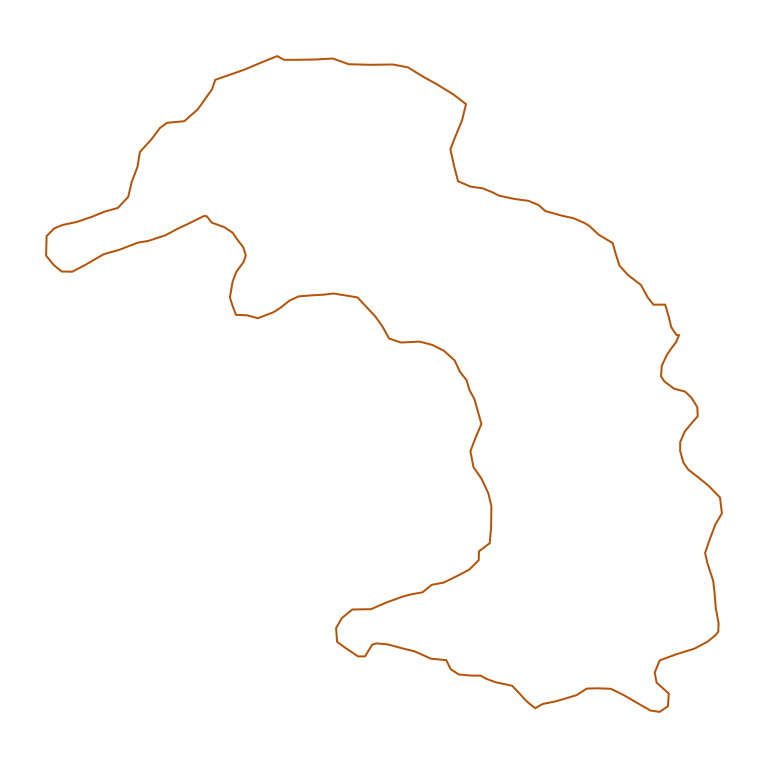 outline of Sabirabad District, Sabirabad, Azerbaijan
{"feature_id": "54616110B21396185337631", "entity_name": "Sabirabad District", "entity_type": "district", "adm_level": 2, "iso_a3": "AZE", "parent_name": "Azerbaijan", "parent_adm1": "Sabirabad", "projection": "robinson", "projection_center": [48.66, 39.895], "detail": "fine", "context": "isolated", "style": "outline", "palette": "amber", "viewbox_px": 768, "rotation_deg": 0, "n_neighbors": 0, "source": "geoboundaries", "source_scale": "gbopen_adm2", "svg_char_len": 2665}
<svg xmlns="http://www.w3.org/2000/svg" viewBox="0 0 768 768"><path d="M277.2,56.1L262.8,61.9L244.5,69.6L215.3,79.8L211.9,89.5L197.8,109.3L184.3,121.2L167.1,122.8L159.9,128.0L151.3,139.5L139.9,152.0L137.5,166.8L131.7,181.9L128.2,196.9L117.9,207.9L104.4,211.7L92.7,216.5L76.6,222.0L62.8,224.9L54.2,228.4L53.9,228.7L46.6,236.1L46.1,255.6L51.0,261.7L53.6,264.9L61.7,271.5L72.3,271.7L85.3,264.9L103.5,254.3L119.8,249.6L137.9,242.6L148.0,241.0L165.6,235.2L177.1,229.0L186.3,224.7L204.2,215.9L206.8,216.3L211.9,222.7L224.4,227.2L232.6,232.7L237.4,239.7L243.3,247.3L245.8,255.6L243.5,262.2L236.5,271.5L232.7,281.3L229.9,297.4L232.5,305.7L236.0,314.9L247.0,315.3L258.0,318.2L273.5,312.2L280.5,307.8L289.5,300.6L298.6,296.4L310.9,295.4L323.4,294.7L333.6,293.5L357.4,297.4L362.9,303.2L375.2,316.3L382.7,326.9L389.1,338.5L400.9,342.5L419.7,341.6L432.2,344.9L443.7,350.6L454.7,360.5L460.0,371.9L466.6,380.2L469.4,389.9L474.5,399.3L481.4,424.0L475.2,438.6L470.4,451.3L473.5,467.2L481.4,478.5L488.3,493.2L491.4,506.2L491.1,527.6L489.7,543.2L479.0,551.3L478.7,560.1L469.4,569.5L459.7,574.7L443.9,582.5L431.8,584.8L422.5,592.3L411.5,594.3L403.9,596.2L387.4,602.1L370.9,609.2L352.3,609.5L341.9,618.0L336.1,628.1L337.1,641.8L345.4,647.9L357.6,656.1L358.1,656.4L365.0,656.4L372.2,644.7L376.4,643.4L387.7,644.4L403.3,648.6L414.1,651.2L419.9,653.7L430.9,658.7L446.3,660.2L450.7,669.3L458.9,674.5L471.0,675.6L480.7,675.6L486.5,678.9L495.5,682.2L512.3,685.8L512.6,686.2L519.5,693.5L525.7,700.4L529.9,704.1L535.3,708.2L542.6,704.0L556.0,701.3L558.9,700.4L576.7,695.1L586.7,688.6L597.7,688.3L610.9,688.8L623.1,694.8L637.5,703.1L650.4,710.5L659.5,711.9L667.9,706.3L668.8,693.6L656.6,682.6L654.7,672.6L659.7,660.4L675.7,654.5L694.5,648.6L707.3,641.8L715.8,635.0L718.3,631.4L718.6,623.4L715.8,608.0L714.5,592.4L713.2,580.8L707.3,562.8L705.1,553.0L709.4,540.3L715.4,524.4L721.9,513.4L720.0,497.5L708.4,485.6L696.8,476.2L688.4,469.7L683.4,462.6L680.2,451.1L680.2,442.2L684.9,431.3L692.4,422.2L697.7,416.3L697.3,407.2L691.7,398.0L685.1,391.6L674.0,388.7L664.4,381.4L661.0,376.3L661.8,365.7L666.8,355.1L670.8,349.1L676.0,342.3L679.0,335.2L676.4,334.9L671.3,327.3L668.6,316.2L665.2,304.7L653.5,304.7L648.1,298.0L640.9,284.9L628.3,275.3L619.5,265.7L616.1,255.2L612.7,243.1L598.7,234.7L589.3,225.9L584.3,222.9L573.4,218.2L562.4,215.8L545.4,211.1L538.5,205.0L528.3,200.8L514.6,199.0L499.2,195.7L492.4,192.3L482.9,188.4L470.5,186.6L458.1,181.3L454.5,167.7L450.4,149.3L454.9,137.6L462.0,120.5L466.0,104.1L453.2,94.3L437.2,84.5L422.3,76.2L408.0,67.4L393.1,64.5L370.1,64.8L348.7,64.2L332.7,58.5L315.5,59.5L295.4,59.8L294.1,59.8L283.9,59.8L277.2,56.1Z" fill="none" stroke="#b45309" stroke-width="2"/></svg>